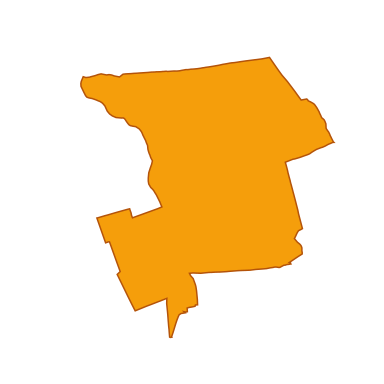 Persinari, Dâmbovita, Romania (Equal Earth projection), rotated 191°
{"feature_id": "2599482B61743752666633", "entity_name": "Persinari", "entity_type": "district", "adm_level": 2, "iso_a3": "ROU", "parent_name": "Romania", "parent_adm1": "Dâmbovita", "projection": "equal_earth", "projection_center": [25.49, 44.799], "detail": "fine", "context": "isolated", "style": "filled", "palette": "amber", "viewbox_px": 384, "rotation_deg": 191, "n_neighbors": 0, "source": "geoboundaries", "source_scale": "gbopen_adm2", "svg_char_len": 4938}
<svg xmlns="http://www.w3.org/2000/svg" viewBox="0 0 384 384"><g transform="rotate(191 192 192)"><path d="M320.8,284.4L321.8,279.4L321.8,277.3L321.1,274.5L319.0,271.7L317.3,269.4L316.2,268.0L314.8,266.2L313.2,265.0L311.1,264.7L309.4,264.7L307.8,264.7L303.7,264.1L301.5,263.6L299.7,263.3L297.8,262.6L296.5,261.9L293.9,259.8L292.7,258.1L290.6,255.2L287.8,252.9L284.8,251.5L280.8,250.6L276.9,251.0L275.1,251.2L273.6,251.6L272.5,251.2L271.5,250.5L269.7,248.6L268.2,247.2L266.8,246.0L265.3,245.4L262.7,245.3L259.7,245.4L255.9,243.9L254.2,242.5L252.9,241.2L251.9,239.8L251.1,238.5L250.3,237.5L249.1,235.9L247.3,233.6L246.1,231.5L244.5,229.2L244.0,227.5L243.4,225.5L242.6,223.8L241.3,221.5L240.3,220.1L239.5,218.6L238.7,217.4L236.8,215.1L236.9,211.6L237.5,207.7L238.1,202.6L237.9,200.5L237.6,197.4L237.0,194.3L236.0,191.6L233.4,188.6L231.1,187.1L229.7,185.9L228.3,184.3L226.4,182.3L221.6,176.0L220.4,174.1L218.7,171.6L222.6,169.0L238.0,159.8L245.5,155.3L246.9,157.5L247.5,159.0L247.8,159.8L249.2,162.1L249.8,163.2L249.9,163.4L250.0,163.6L252.4,162.5L256.2,160.6L260.0,158.7L261.6,157.9L265.1,156.1L270.7,153.2L273.0,152.1L274.7,151.2L275.3,150.9L280.1,148.4L280.4,148.3L271.5,133.1L267.1,125.6L264.5,127.1L263.5,127.3L262.4,125.5L252.3,108.5L247.3,100.2L249.7,96.8L238.9,82.5L235.3,77.7L230.1,70.9L225.1,64.5L214.9,71.2L210.5,73.9L196.4,82.8L195.8,79.1L195.6,77.8L193.3,70.1L192.3,66.7L190.9,61.5L189.3,55.8L188.3,52.6L187.5,49.6L186.6,46.4L186.3,45.3L185.7,45.1L185.1,45.2L184.1,45.7L184.4,46.0L183.8,50.5L182.8,60.0L182.3,63.7L181.7,67.0L181.2,69.0L179.6,70.6L175.6,72.1L177.0,73.0L175.3,73.0L173.7,73.6L174.4,76.3L174.6,77.2L172.9,78.1L169.9,79.2L167.2,80.4L167.1,81.7L165.0,82.3L166.2,87.4L168.7,95.9L170.1,99.8L171.0,101.7L174.3,107.2L177.4,109.6L179.0,111.7L175.7,112.7L171.7,113.3L169.4,113.7L168.3,113.8L165.9,114.5L162.9,115.4L159.9,116.3L157.6,116.8L154.6,117.6L152.4,118.1L150.6,118.5L149.2,118.8L143.0,120.4L140.0,121.3L131.7,123.6L128.0,124.5L124.5,125.3L119.9,126.4L117.2,127.3L114.5,128.2L108.5,129.8L104.3,131.0L100.7,132.5L98.0,133.4L96.5,134.1L95.1,134.4L92.2,134.5L91.8,134.6L91.3,134.8L89.5,136.3L87.9,137.6L87.7,137.7L86.7,137.9L85.7,138.5L84.7,139.0L83.9,139.2L82.3,139.8L81.9,140.0L81.3,140.2L81.4,140.3L81.6,141.0L83.1,141.3L81.5,142.9L81.3,143.1L78.8,145.6L75.4,149.0L74.1,150.2L72.6,151.6L72.0,152.2L72.3,153.7L72.9,155.2L73.3,157.3L73.5,158.2L74.3,159.6L75.1,160.5L76.4,161.5L78.9,162.8L82.6,165.8L82.2,167.1L81.8,168.6L81.1,171.5L80.6,173.0L80.2,174.0L79.8,174.5L79.2,175.0L78.1,175.8L76.6,177.1L83.2,190.8L84.4,193.7L84.5,194.0L86.5,198.2L89.0,203.5L90.4,206.4L91.7,209.1L92.7,211.1L94.3,214.5L95.2,216.3L95.8,217.6L96.5,218.9L96.6,219.1L97.3,220.6L97.8,221.8L99.9,226.0L100.3,226.9L101.4,229.1L101.6,229.6L102.4,231.5L103.3,233.4L104.6,236.1L106.1,239.0L104.6,240.0L103.0,241.0L100.5,242.6L99.2,243.4L98.5,243.7L97.9,243.9L97.6,244.0L97.4,244.1L96.8,244.4L94.5,245.6L92.8,246.5L91.4,247.3L90.1,248.1L89.1,248.7L87.2,249.8L85.5,250.8L83.9,251.9L83.0,252.8L82.3,253.6L80.7,255.1L79.6,256.1L78.8,256.8L78.0,257.5L77.4,257.9L75.0,259.4L73.9,260.1L73.1,260.5L72.3,260.9L71.2,261.7L70.3,262.3L69.8,262.7L69.1,263.3L68.5,263.8L67.7,264.5L66.9,265.1L65.6,265.9L63.6,267.3L63.1,267.6L62.2,267.8L62.9,268.3L65.4,271.5L66.0,272.4L66.5,272.9L66.9,273.5L67.3,274.0L67.6,274.6L68.0,275.2L68.4,275.7L69.2,276.8L70.3,277.8L70.9,278.4L71.7,279.2L72.2,279.7L72.5,280.2L72.7,280.8L73.0,282.1L73.3,283.3L73.5,284.1L73.7,284.7L74.0,285.1L74.6,286.1L75.1,286.8L75.6,287.5L75.9,287.9L76.3,288.2L76.9,288.6L77.4,288.9L77.8,289.1L78.4,289.4L78.7,289.6L79.1,290.0L79.4,290.4L79.6,290.7L79.9,291.2L80.6,292.2L81.3,293.1L81.6,293.5L81.8,293.7L81.9,294.0L82.0,294.1L82.2,294.4L82.4,294.8L82.8,295.3L85.6,298.6L88.1,301.0L89.4,301.9L92.6,303.0L95.3,303.7L96.0,304.5L97.1,305.2L102.4,303.1L103.5,304.1L107.5,307.8L109.7,309.9L113.9,313.7L115.7,315.3L119.5,318.7L122.9,321.4L125.7,323.6L126.9,324.7L129.7,327.3L132.3,329.8L136.2,333.6L140.6,337.9L141.6,338.9L148.8,336.0L154.5,334.1L154.9,334.0L159.4,332.5L164.3,330.9L169.5,329.1L172.5,328.0L175.1,327.1L178.2,326.2L179.6,325.7L180.3,325.4L183.6,324.1L186.1,323.2L189.7,321.6L191.8,320.8L195.2,319.5L199.3,318.0L202.3,317.0L203.3,316.6L203.5,316.5L205.6,315.8L207.3,315.1L210.2,314.1L212.5,313.4L215.4,312.6L216.7,312.3L218.0,311.8L219.6,311.3L221.3,311.0L222.8,310.4L225.7,309.3L227.3,308.6L229.7,307.9L230.6,307.7L232.9,307.3L238.8,305.7L239.2,305.6L239.8,305.7L240.3,305.6L241.2,305.4L242.5,305.0L243.8,304.7L245.3,304.2L246.6,303.9L248.3,303.5L249.8,303.2L251.1,302.8L251.9,302.6L252.8,302.4L254.9,301.9L257.9,301.0L259.4,300.6L261.3,300.1L263.9,299.4L265.5,299.0L269.1,298.0L271.6,297.4L274.7,296.5L278.0,295.7L279.9,295.2L281.5,294.7L282.3,294.4L283.3,293.2L284.5,291.8L285.1,291.1L290.4,291.1L293.0,291.5L294.3,291.5L295.9,291.4L298.1,290.6L303.8,290.6L306.7,289.3L309.2,287.8L313.4,285.8L314.4,285.2L318.0,284.1L320.8,284.4Z" fill="#f59e0b" stroke="#b45309" stroke-width="1.5"/></g></svg>